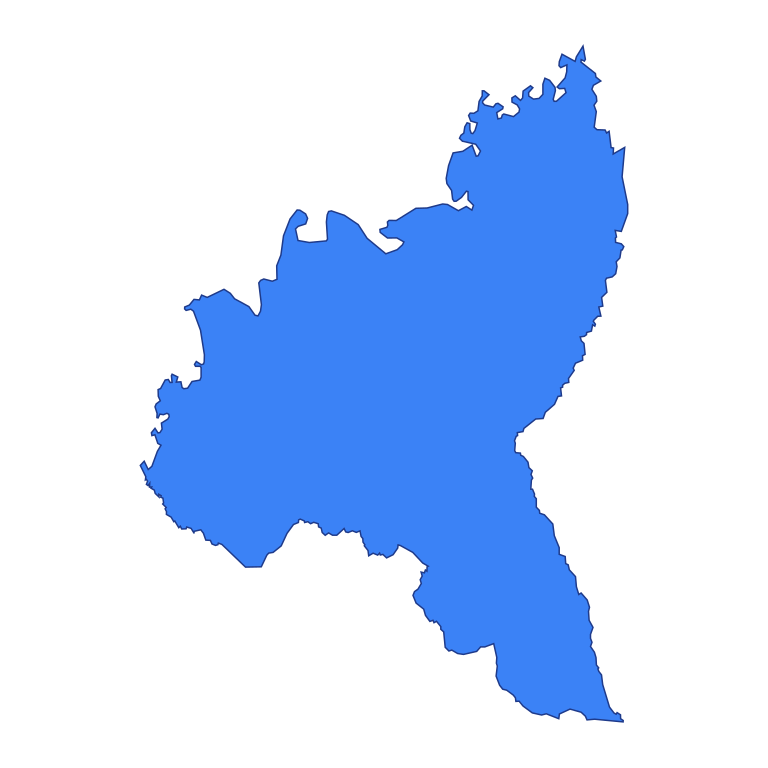 outline of Chonnabot, Khon Kaen, Thailand
{"feature_id": "78962969B78938265467215", "entity_name": "Chonnabot", "entity_type": "district", "adm_level": 2, "iso_a3": "THA", "parent_name": "Thailand", "parent_adm1": "Khon Kaen", "projection": "equal_earth", "projection_center": [102.548, 16.027], "detail": "fine", "context": "isolated", "style": "filled", "palette": "blue", "viewbox_px": 768, "rotation_deg": 0, "n_neighbors": 0, "source": "geoboundaries", "source_scale": "gbopen_adm2", "svg_char_len": 6086}
<svg xmlns="http://www.w3.org/2000/svg" viewBox="0 0 768 768"><path d="M595.4,73.5L581.0,62.1L581.2,59.6L584.4,61.1L585.4,59.3L583.0,46.1L576.4,56.8L575.1,61.4L562.0,54.2L559.3,61.6L559.0,65.7L560.7,67.6L566.9,64.9L566.7,71.8L565.1,77.9L557.1,87.0L559.4,88.7L564.7,88.4L566.0,92.7L556.4,101.3L554.1,101.3L553.2,99.3L555.4,90.7L555.0,87.3L549.6,80.3L544.9,78.2L542.9,84.2L542.9,94.3L539.1,98.4L533.5,99.1L528.8,96.1L528.6,92.6L532.9,87.7L530.5,85.8L523.1,91.1L522.6,98.0L520.5,100.4L515.3,95.8L511.9,97.9L512.0,102.1L517.2,104.9L519.6,108.9L519.0,112.1L513.5,116.6L503.8,114.0L502.3,115.0L501.4,118.0L497.9,118.9L496.7,112.6L502.7,108.8L503.1,106.8L498.0,103.3L495.9,103.8L493.3,107.1L484.6,105.0L482.6,102.8L482.7,101.1L489.0,94.7L484.0,90.8L482.3,90.8L482.2,96.0L479.1,101.4L477.9,110.8L473.9,113.3L470.2,113.1L468.6,115.5L470.7,121.0L477.3,123.0L475.0,130.6L472.8,133.6L471.2,133.2L469.9,129.6L469.8,123.6L467.1,122.8L464.8,126.8L463.8,133.1L460.9,135.3L459.5,138.3L462.4,141.2L475.7,144.2L480.5,151.0L478.1,155.8L476.2,156.2L472.1,145.2L462.8,151.3L453.1,152.9L448.6,165.5L446.2,178.4L446.9,183.6L451.6,190.5L452.6,199.1L454.1,201.3L456.2,201.2L461.5,197.4L466.4,191.2L468.0,191.6L468.1,199.8L473.5,205.3L471.9,210.1L466.3,206.5L458.4,210.7L447.5,204.5L442.7,204.0L427.1,208.0L415.9,208.3L396.3,220.5L389.1,220.4L387.4,222.0L387.8,225.3L386.9,227.3L379.9,229.4L380.2,232.4L387.5,238.0L396.8,237.9L403.9,241.9L402.5,244.8L397.2,249.7L385.8,253.8L367.1,238.3L358.2,224.6L344.4,215.3L331.4,210.9L328.6,211.5L327.2,214.9L326.4,222.0L327.5,239.2L326.3,240.9L309.3,242.5L298.0,240.5L295.5,228.9L298.2,226.3L305.7,223.9L307.6,218.4L305.6,213.9L299.9,210.2L297.1,210.0L290.1,218.9L283.5,235.8L280.9,255.1L276.7,265.8L277.0,279.3L272.3,281.2L263.8,279.0L260.6,280.4L258.8,282.9L261.4,304.7L260.5,311.2L258.0,315.9L255.0,315.2L248.9,306.6L234.6,298.8L230.3,293.3L224.0,289.3L207.2,297.4L201.6,295.1L199.4,299.9L194.0,299.4L189.3,305.1L184.7,307.0L184.6,308.9L186.1,310.4L190.8,309.2L193.5,311.2L200.5,330.2L204.4,354.8L204.2,362.0L203.5,364.0L201.3,364.7L196.3,361.5L194.5,364.4L195.5,366.3L200.2,366.3L201.1,367.5L201.1,377.2L199.9,380.1L192.0,381.5L187.6,388.2L183.8,388.7L182.1,387.5L180.9,381.8L176.3,382.1L177.8,377.0L172.1,374.2L171.4,375.7L172.1,382.4L170.1,382.5L168.3,379.5L165.2,380.0L160.6,388.5L158.1,389.6L158.3,396.3L160.3,400.8L156.2,403.9L155.0,406.8L157.1,413.4L156.9,417.6L158.1,417.9L159.9,414.1L163.4,414.7L166.9,413.3L168.8,414.3L169.2,416.6L167.8,419.1L161.4,423.1L162.1,429.2L159.9,432.6L158.0,432.9L155.0,428.3L151.4,432.7L151.9,435.6L154.9,434.8L157.8,443.4L161.0,445.2L157.4,451.3L151.9,466.3L148.2,469.5L144.2,461.2L140.3,465.4L145.8,476.7L145.4,479.9L146.3,479.3L147.6,481.1L146.4,484.4L148.1,485.6L149.7,483.3L149.5,487.1L151.7,487.0L151.0,488.2L154.3,490.1L155.2,493.4L159.0,497.0L158.8,494.3L161.2,495.7L160.7,497.2L162.9,498.1L163.6,502.9L162.7,504.0L166.2,507.5L165.1,508.8L166.5,511.6L166.4,514.4L171.1,517.1L173.8,521.7L174.8,521.0L178.8,527.7L180.3,526.2L181.7,529.0L186.1,528.8L186.7,527.0L191.1,528.4L194.2,533.4L193.8,531.4L200.8,529.8L203.4,533.2L205.8,540.1L210.4,540.4L212.0,544.0L215.5,545.4L217.9,544.7L218.3,543.1L221.9,544.4L245.5,567.1L261.3,566.8L266.8,555.2L268.7,553.1L273.1,552.4L281.2,545.9L287.0,533.4L293.5,524.5L298.4,522.5L298.6,519.9L300.2,519.1L304.3,520.9L304.6,522.5L307.9,521.7L310.6,523.7L313.7,522.3L318.2,523.7L318.6,526.9L321.2,528.1L322.2,532.5L325.2,535.3L328.6,532.9L332.5,535.2L336.8,535.2L344.1,528.5L345.7,531.9L348.1,532.5L352.4,530.8L356.3,532.4L360.0,530.9L361.1,536.5L362.8,538.5L363.0,542.1L364.8,544.7L364.3,545.8L368.0,550.5L368.7,555.8L373.1,553.2L377.7,555.1L379.6,553.1L380.3,555.0L382.9,554.4L386.6,557.9L393.1,554.7L397.7,548.1L398.1,544.9L400.5,545.6L412.8,552.4L422.7,563.0L428.2,566.2L427.1,566.8L426.9,571.1L425.4,570.0L424.4,572.8L421.1,572.1L422.2,576.1L420.2,579.7L421.3,583.5L418.0,589.1L414.5,591.6L413.0,595.4L416.1,603.1L423.7,609.1L425.5,615.4L429.9,621.4L433.0,620.3L434.0,622.7L436.5,621.3L440.8,626.6L440.8,629.3L443.7,631.9L445.2,647.3L448.9,651.0L451.8,650.1L457.6,653.5L463.5,654.4L476.7,651.4L480.6,646.9L484.9,646.9L493.7,643.6L496.8,657.5L496.4,663.2L497.3,666.0L496.1,676.1L499.6,685.2L502.7,689.2L506.7,690.2L513.3,695.1L515.4,697.8L515.9,701.4L519.1,701.2L523.0,706.0L532.3,712.9L541.6,715.0L546.3,713.8L558.8,718.7L559.4,714.0L570.0,709.1L581.1,712.2L585.4,716.2L587.0,719.9L594.6,719.2L623.1,721.9L623.2,720.5L620.6,718.7L620.5,714.8L617.1,712.6L616.1,714.2L614.0,713.0L609.5,707.1L602.7,684.6L601.5,674.9L598.8,671.4L597.9,668.9L598.7,667.9L596.4,665.0L596.0,657.6L594.4,652.2L590.5,646.5L592.0,642.3L590.5,638.4L590.5,634.4L593.0,627.4L589.1,620.3L588.5,611.3L589.5,607.3L587.2,600.0L581.1,593.0L578.8,594.5L576.4,586.8L575.5,576.6L569.3,569.8L568.2,564.8L565.7,563.6L565.2,556.5L559.2,554.3L559.2,547.6L554.3,535.7L552.8,524.0L544.4,514.8L539.7,513.2L539.4,510.4L536.3,507.2L536.3,498.7L534.3,496.4L534.5,494.0L532.5,489.2L530.8,489.2L531.4,480.1L532.7,478.1L531.0,474.5L532.3,470.8L528.9,467.6L528.0,462.2L523.4,456.5L520.7,455.2L520.4,453.1L515.8,452.7L514.7,450.7L515.3,443.2L514.5,440.8L516.2,436.3L517.6,435.6L517.3,432.6L523.0,431.6L523.9,428.4L535.7,419.0L543.1,418.5L545.3,412.3L554.5,404.3L558.0,396.4L561.5,395.9L560.6,387.9L562.6,387.2L562.6,385.2L564.8,383.3L568.8,382.4L568.5,378.5L574.2,370.4L573.2,368.1L575.5,363.2L582.7,360.2L582.5,355.7L585.1,354.4L584.0,343.4L581.3,340.8L580.2,336.9L584.3,336.3L586.5,334.7L586.6,332.5L591.4,331.1L592.6,324.8L594.8,326.1L595.4,324.2L593.3,321.3L593.9,320.1L597.7,316.3L600.9,316.1L598.8,307.0L602.8,306.1L601.6,297.4L606.9,292.3L605.4,280.4L606.5,278.2L612.2,276.9L615.7,273.7L617.0,266.5L616.2,261.8L619.9,257.9L621.1,250.1L622.3,249.9L623.8,246.6L621.3,243.8L615.6,242.4L615.4,238.0L616.5,237.0L615.2,230.4L621.3,231.4L627.7,213.6L627.7,204.5L622.1,176.8L624.7,147.4L613.2,154.0L613.5,148.0L611.1,147.6L609.1,131.3L606.6,133.0L605.1,130.0L597.0,129.7L594.2,127.2L596.3,111.6L594.0,105.2L596.8,101.2L596.3,96.3L591.9,89.3L593.4,85.3L600.8,81.0L595.9,77.0L595.4,73.5Z" fill="#3b82f6" stroke="#1e3a8a" stroke-width="1.5"/></svg>